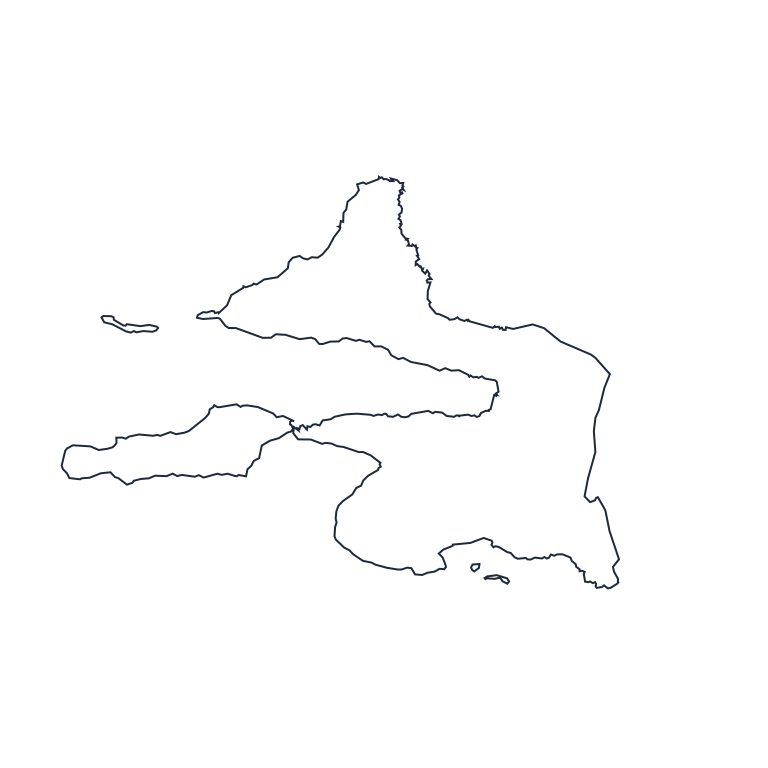 the district of Southern Leyte, Southern Leyte, Philippines, rotated 110°
{"feature_id": "2640588B85389361952197", "entity_name": "Southern Leyte", "entity_type": "district", "adm_level": 2, "iso_a3": "PHL", "parent_name": "Philippines", "parent_adm1": "Southern Leyte", "projection": "robinson", "projection_center": [125.101, 10.248], "detail": "fine", "context": "isolated", "style": "outline", "palette": "slate", "viewbox_px": 768, "rotation_deg": 110, "n_neighbors": 0, "source": "geoboundaries", "source_scale": "gbopen_adm2", "svg_char_len": 6166}
<svg xmlns="http://www.w3.org/2000/svg" viewBox="0 0 768 768"><g transform="rotate(110 384 384)"><path d="M188.5,434.7L189.8,437.8L188.0,441.3L188.5,447.5L190.2,444.8L191.3,447.9L189.9,448.6L191.0,448.4L190.6,452.3L191.8,454.4L190.5,456.7L191.7,458.1L191.1,459.5L193.3,459.1L202.1,469.2L201.8,472.6L205.6,477.5L210.4,473.9L215.9,475.1L225.2,480.6L232.9,479.2L237.1,480.6L245.6,477.8L245.7,480.3L250.9,479.3L251.6,480.4L251.8,478.6L254.1,478.4L262.8,481.2L274.7,482.9L283.7,486.4L288.0,489.6L289.6,495.3L293.1,498.4L293.6,503.1L292.5,507.0L296.6,513.0L302.2,515.2L308.1,513.9L320.1,520.6L326.8,532.4L334.1,537.8L334.3,540.8L336.0,541.5L340.5,547.1L340.2,549.5L341.8,549.2L352.8,557.9L363.8,558.4L374.0,563.6L373.3,564.3L375.1,567.2L373.8,568.5L374.3,570.9L377.5,575.1L378.3,578.5L383.1,582.6L385.7,582.4L384.8,576.2L378.7,562.6L378.8,560.5L383.6,552.9L384.5,549.1L382.1,542.3L382.1,513.7L379.1,505.9L374.3,502.8L371.5,493.5L370.7,478.6L365.3,468.2L365.4,464.0L368.5,458.6L367.4,455.3L362.5,448.9L359.5,441.1L355.5,438.5L353.6,434.9L353.1,425.2L350.9,422.3L350.5,415.1L348.8,412.2L351.9,405.7L349.6,399.4L350.5,391.8L354.5,387.0L355.7,378.9L352.9,375.0L354.1,366.1L351.4,349.5L352.5,336.3L348.2,331.9L348.4,325.2L345.4,318.4L346.6,307.9L348.0,306.3L346.4,305.5L347.2,302.3L345.6,299.4L345.9,297.4L343.2,294.4L344.4,291.4L342.5,280.6L343.6,278.6L352.1,273.7L354.5,275.5L355.9,273.6L355.5,275.6L355.8,274.6L356.1,275.9L356.2,276.2L356.4,276.2L356.1,275.8L356.7,275.2L356.6,276.7L371.3,275.2L372.5,276.7L373.5,276.3L374.4,279.3L378.2,283.0L381.5,283.4L383.3,285.6L382.5,288.2L384.1,290.8L384.1,294.7L387.8,301.9L389.4,302.7L387.9,302.5L388.8,305.3L390.8,306.8L392.6,314.1L391.0,319.7L392.7,326.4L394.8,328.1L394.1,333.2L402.7,348.1L406.1,349.9L408.1,352.9L408.9,356.7L407.8,360.4L411.7,364.2L413.0,369.2L411.4,371.4L411.6,373.2L414.0,375.4L414.6,379.0L417.6,383.0L417.5,386.0L421.2,399.5L425.8,409.9L431.6,419.1L435.4,422.1L439.2,429.2L445.0,430.3L445.2,434.6L446.6,437.0L449.5,438.4L449.9,441.5L453.2,440.8L450.4,446.4L452.4,448.3L455.2,448.0L455.2,450.0L456.9,448.5L455.3,454.0L461.3,452.4L465.4,445.8L461.2,433.8L461.4,421.8L459.3,418.7L457.9,412.9L458.4,406.8L457.0,400.4L456.6,384.3L455.1,380.5L455.6,372.1L459.3,360.4L460.9,360.7L462.8,358.8L464.9,360.4L466.7,360.1L475.6,367.5L481.6,370.4L487.4,370.8L491.1,374.5L498.6,376.0L508.1,382.6L514.0,385.2L519.9,385.2L527.0,383.4L530.4,381.2L535.3,381.0L544.1,378.4L546.7,376.0L551.4,365.3L552.1,359.5L554.5,354.9L557.4,343.3L556.1,334.7L556.7,330.1L555.7,318.4L553.7,307.9L552.4,304.2L548.6,299.3L547.7,295.3L552.3,289.7L550.4,282.8L546.5,278.6L543.0,272.3L538.7,268.6L537.4,264.1L534.9,263.2L533.2,264.1L527.0,269.5L524.6,274.5L519.4,271.7L512.7,264.2L511.4,264.4L503.8,248.5L494.6,237.7L494.4,229.3L495.8,227.9L498.4,228.0L500.0,225.3L498.3,223.8L497.9,220.5L499.8,210.7L499.4,207.2L502.2,201.9L502.4,198.4L499.0,191.3L499.7,189.2L498.9,186.3L495.5,182.8L493.9,175.8L491.7,174.1L492.3,171.3L490.9,169.6L487.2,168.9L487.1,165.1L485.0,163.3L483.0,158.0L483.3,149.5L486.1,146.9L487.7,142.3L490.1,140.8L491.1,137.0L493.1,136.1L491.7,134.0L491.9,131.2L494.1,131.3L500.9,127.5L500.3,124.0L499.1,122.9L499.7,119.7L498.0,117.8L499.4,116.2L502.0,115.8L502.8,114.3L500.2,109.7L498.0,108.3L499.5,103.7L497.8,101.2L492.0,96.6L489.4,95.7L490.2,96.5L487.2,97.4L481.7,103.6L477.6,106.3L468.4,103.2L445.0,121.8L426.9,132.9L417.2,144.3L418.6,145.8L421.0,145.8L424.5,149.9L421.0,157.1L403.0,160.0L375.6,162.1L356.5,170.7L343.4,173.8L335.4,173.1L312.1,175.6L297.5,175.1L287.1,194.3L285.6,199.5L283.7,232.7L276.8,252.6L277.2,264.7L288.1,281.5L288.9,288.8L291.6,288.2L292.4,290.8L290.7,292.6L292.4,294.1L290.9,295.7L292.6,299.3L291.9,299.8L294.0,300.9L295.8,324.8L294.9,326.5L296.0,326.8L295.2,328.0L297.3,330.0L297.3,335.4L296.2,337.7L299.1,340.2L301.2,344.4L300.2,346.5L299.5,355.9L300.1,359.2L295.3,367.6L293.2,368.8L291.4,368.2L289.3,372.1L281.8,374.6L272.7,375.1L273.9,377.9L272.1,379.2L270.5,378.6L269.2,375.3L266.9,379.1L265.1,378.8L262.5,382.4L266.2,383.0L264.5,386.9L262.2,386.8L262.9,387.9L260.9,389.8L261.6,390.2L259.9,393.7L261.4,394.9L258.0,396.0L254.6,393.6L252.2,396.9L251.5,395.8L246.9,399.4L244.9,399.2L245.2,400.1L243.0,401.5L244.1,402.0L243.1,404.8L244.7,405.0L245.8,408.9L244.2,408.3L240.9,410.7L240.9,412.4L239.5,411.5L239.8,413.6L236.7,419.0L233.4,420.3L231.7,423.1L229.2,422.3L228.1,423.5L227.6,422.2L224.4,424.5L223.9,426.9L221.1,426.4L219.7,427.9L216.9,426.2L213.2,426.9L210.8,429.1L210.7,431.5L207.5,431.6L205.8,434.0L203.6,433.3L201.7,434.5L198.5,431.9L197.7,432.6L198.6,434.2L197.1,435.4L194.7,433.7L194.9,431.8L193.1,434.1L191.8,433.3L191.1,434.6L188.5,434.7ZM523.9,611.7L526.0,617.2L530.8,615.2L533.0,615.7L536.2,617.3L539.2,621.3L543.6,629.5L543.0,638.4L548.0,655.4L552.9,659.8L555.8,660.7L570.9,659.0L573.8,656.6L576.3,651.4L580.0,647.5L577.5,636.9L576.1,636.0L572.7,628.5L564.7,619.5L560.5,610.8L563.5,605.0L563.3,601.5L566.5,591.1L562.8,586.5L560.6,586.1L556.4,580.0L553.0,572.6L548.5,567.8L544.9,556.7L540.5,551.9L541.2,546.8L538.6,542.9L535.8,530.0L533.0,526.8L533.6,521.5L525.3,509.9L524.9,505.5L521.8,500.2L521.4,492.4L520.9,490.6L519.2,489.5L518.0,482.1L510.8,483.1L506.4,480.8L500.9,480.1L496.3,476.0L483.6,477.8L476.2,471.7L470.8,464.2L462.7,458.2L460.4,455.0L457.2,454.1L454.2,457.1L454.1,458.5L451.5,459.3L450.2,458.5L449.7,455.8L448.6,468.0L451.9,473.4L449.6,478.2L448.8,494.6L450.9,505.3L452.8,509.5L454.6,510.9L453.5,515.6L461.8,530.2L462.7,532.5L462.0,536.3L464.1,536.5L467.4,539.1L471.8,538.4L477.2,540.5L494.8,551.2L498.1,555.0L502.3,562.3L502.2,568.2L509.3,576.6L509.3,579.5L511.6,583.2L515.2,596.9L520.6,605.6L523.7,607.9L523.9,611.7ZM416.5,628.1L414.1,619.5L411.6,616.4L408.6,615.4L407.8,617.2L408.8,624.9L412.9,632.6L415.8,646.2L417.6,646.8L418.1,649.1L416.1,659.7L413.8,661.0L413.6,663.6L416.1,670.9L418.0,672.3L421.7,668.0L420.8,659.7L422.8,644.4L422.3,639.5L419.7,637.1L420.2,634.6L416.5,628.1ZM531.5,221.2L529.2,213.3L526.3,208.8L528.9,204.9L529.5,199.8L526.7,198.9L524.5,202.0L525.1,212.7L529.5,221.2L532.0,223.1L532.6,221.9L531.5,221.2ZM529.3,235.1L524.5,231.9L520.5,232.7L523.4,239.1L526.8,239.4L528.6,237.4L529.3,235.1Z" fill="none" stroke="#1e293b" stroke-width="2"/></g></svg>